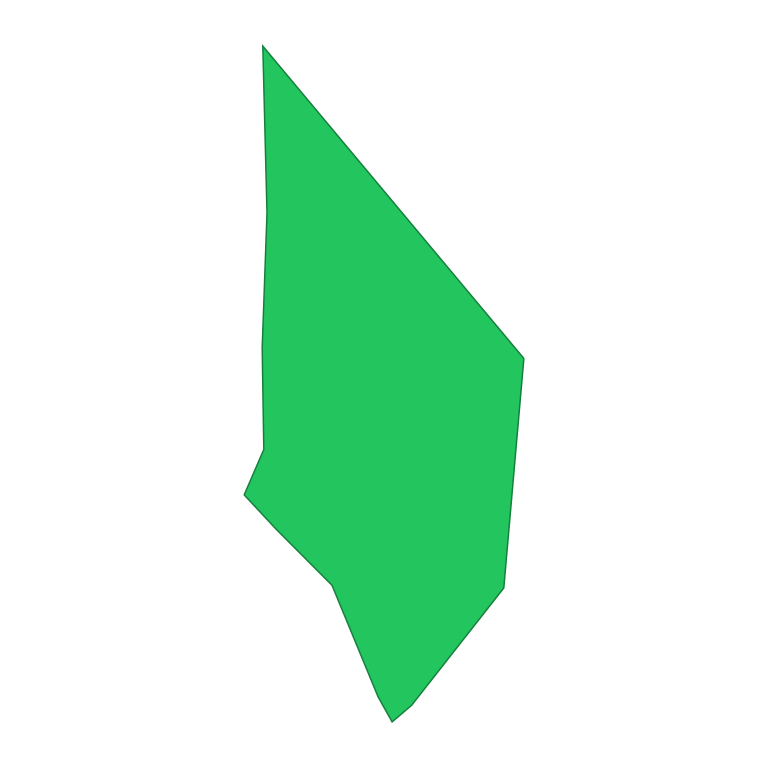 65, Ad Dawhah, Qatar
{"feature_id": "91078587B33803228876819", "entity_name": "65", "entity_type": "district", "adm_level": 2, "iso_a3": "QAT", "parent_name": "Qatar", "parent_adm1": "Ad Dawhah", "projection": "equal_earth", "projection_center": [51.508, 25.335], "detail": "fine", "context": "isolated", "style": "filled", "palette": "green", "viewbox_px": 768, "rotation_deg": 0, "n_neighbors": 0, "source": "geoboundaries", "source_scale": "gbopen_adm2", "svg_char_len": 323}
<svg xmlns="http://www.w3.org/2000/svg" viewBox="0 0 768 768"><path d="M244.2,494.8L245.3,496.1L246.7,497.6L276.4,529.5L332.0,585.3L378.1,696.9L392.1,721.9L411.6,705.3L503.8,588.0L523.8,359.3L523.5,358.0L262.8,46.1L267.0,212.9L262.2,347.6L263.8,449.5L244.2,494.8Z" fill="#22c55e" stroke="#15803d" stroke-width="1.5"/></svg>